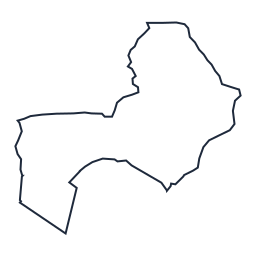 Karlstad, Värmland, Sweden
{"feature_id": "70781695B32698767031926", "entity_name": "Karlstad", "entity_type": "district", "adm_level": 2, "iso_a3": "SWE", "parent_name": "Sweden", "parent_adm1": "Värmland", "projection": "natural_earth1", "projection_center": [13.634, 59.463], "detail": "fine", "context": "isolated", "style": "outline", "palette": "slate", "viewbox_px": 256, "rotation_deg": 0, "n_neighbors": 0, "source": "geoboundaries", "source_scale": "gbopen_adm2", "svg_char_len": 1201}
<svg xmlns="http://www.w3.org/2000/svg" viewBox="0 0 256 256"><path d="M65.6,233.5L76.7,187.9L69.3,182.4L79.9,171.2L80.0,171.1L79.9,170.9L85.1,166.6L92.4,162.1L102.7,158.6L114.6,159.4L117.5,161.4L126.1,160.5L131.6,165.4L161.4,182.7L166.8,190.3L166.9,190.8L170.6,186.2L171.1,183.6L175.4,184.3L183.4,176.4L183.9,175.3L183.6,175.3L193.1,170.6L197.8,167.6L199.3,158.4L203.4,147.1L209.1,140.3L219.5,135.2L229.8,130.2L234.5,124.0L232.9,110.9L235.0,100.7L240.6,95.6L239.1,89.5L237.0,88.9L230.3,86.8L222.0,84.1L219.4,76.0L215.2,71.0L211.6,64.6L207.4,60.2L203.8,54.5L199.1,49.7L195.0,42.4L189.8,37.0L188.2,28.2L185.3,25.0L184.6,24.2L176.3,22.5L161.3,22.9L147.1,22.9L149.3,28.1L144.3,33.4L137.9,39.3L134.8,46.4L130.7,49.9L128.4,55.5L131.1,62.1L127.9,66.5L132.0,68.9L135.7,76.0L132.5,78.6L132.9,84.0L138.0,87.2L138.4,92.3L132.0,94.7L123.4,97.3L117.0,102.7L114.7,110.4L112.0,116.7L104.7,116.7L102.0,113.7L91.5,113.4L84.7,112.5L80.8,112.8L73.3,113.4L56.4,113.7L42.3,114.6L30.5,116.1L24.1,118.8L17.7,120.6L19.5,122.9L21.8,131.3L18.1,140.5L15.4,146.2L17.6,154.1L21.1,159.2L20.5,169.6L22.3,175.8L22.6,175.8L21.9,176.6L19.9,200.1L21.0,201.3L19.9,202.6L65.6,233.5Z" fill="none" stroke="#1e293b" stroke-width="2"/></svg>